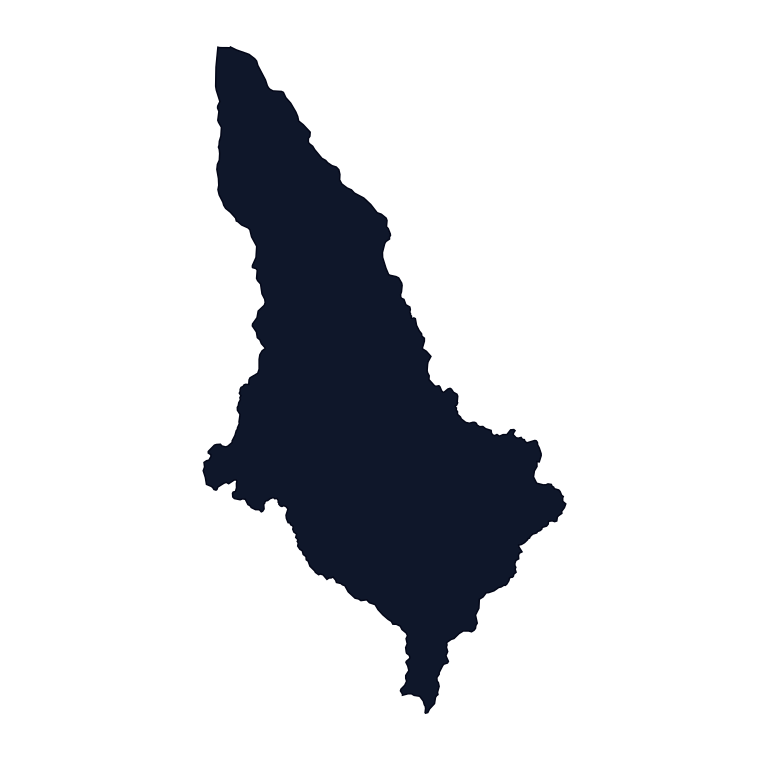 Villahermosa, Tolima, Colombia (orthographic projection), rotated 94°
{"feature_id": "7082276B2838596576058", "entity_name": "Villahermosa", "entity_type": "district", "adm_level": 2, "iso_a3": "COL", "parent_name": "Colombia", "parent_adm1": "Tolima", "projection": "orthographic", "projection_center": [-75.108, 4.977], "detail": "fine", "context": "isolated", "style": "filled", "palette": "ink", "viewbox_px": 768, "rotation_deg": 94, "n_neighbors": 0, "source": "geoboundaries", "source_scale": "gbopen_adm2", "svg_char_len": 6152}
<svg xmlns="http://www.w3.org/2000/svg" viewBox="0 0 768 768"><g transform="rotate(94 384 384)"><path d="M59.6,573.2L79.6,573.7L98.7,572.7L102.5,571.8L113.7,567.4L118.4,569.3L120.3,569.3L123.6,567.7L132.5,568.2L134.5,567.3L139.2,564.1L148.2,564.0L153.3,565.2L157.3,565.2L159.2,565.7L161.5,564.7L165.6,564.0L172.2,563.9L176.5,565.5L181.6,565.7L190.5,563.5L197.3,562.7L201.7,563.2L206.9,561.6L213.9,557.4L216.8,556.4L219.9,554.2L223.3,549.3L228.8,543.6L231.7,542.7L232.2,541.2L235.3,537.1L237.7,530.6L239.4,528.6L246.4,526.4L255.5,520.6L266.7,520.5L274.9,523.5L276.6,523.5L277.1,523.1L277.7,519.9L279.3,518.4L287.5,518.5L289.7,517.3L292.8,514.1L302.6,512.0L307.7,508.9L311.0,508.2L313.8,508.9L320.0,514.6L326.7,515.3L333.2,519.3L335.3,519.4L341.0,514.9L346.6,513.6L348.6,510.9L352.3,509.1L356.2,505.1L357.1,505.2L359.4,507.9L363.5,509.9L368.1,510.3L377.8,509.6L382.1,510.7L387.2,518.1L389.3,518.9L393.9,518.9L394.0,522.3L394.9,523.8L396.0,524.2L397.4,526.4L399.3,527.1L401.4,527.0L403.2,527.7L405.6,525.9L407.6,526.8L409.8,526.2L412.8,527.6L415.9,527.9L417.5,528.7L420.4,528.4L424.4,525.5L431.9,526.0L433.7,525.6L437.8,527.1L439.5,527.2L440.8,528.1L445.7,529.1L451.3,531.5L452.9,531.4L457.0,535.6L457.8,537.6L457.1,541.4L455.5,543.0L456.0,546.8L456.8,548.9L463.5,554.6L465.1,554.5L466.5,551.9L468.3,551.5L472.2,553.4L472.9,555.7L474.8,558.1L479.3,557.2L483.1,558.3L489.7,555.7L496.5,554.1L498.2,549.1L499.3,547.6L501.1,546.3L501.6,544.2L500.9,543.3L498.4,542.6L494.1,536.7L493.1,534.5L494.3,532.0L490.2,526.7L490.0,525.1L491.0,523.9L493.4,524.3L497.9,523.9L501.6,524.7L502.3,526.9L503.6,527.5L507.2,527.0L508.7,525.3L509.5,519.4L508.4,517.0L508.7,514.3L513.8,511.3L514.7,509.2L516.5,507.8L518.3,503.4L518.1,499.5L520.1,497.5L519.4,496.2L517.0,494.9L512.5,495.6L511.2,494.7L509.8,494.5L508.7,493.4L508.4,491.9L506.4,489.7L505.1,486.9L505.2,486.0L506.1,485.0L505.6,482.9L507.8,481.2L509.2,481.4L510.0,480.6L511.3,480.5L512.9,478.8L513.3,477.3L512.3,475.4L513.3,473.0L515.5,471.1L521.7,472.6L524.9,472.0L529.0,470.0L529.2,468.0L530.9,467.3L532.0,465.1L533.1,464.6L535.2,464.9L538.0,463.6L539.8,460.7L543.2,461.4L545.4,458.9L547.1,459.6L548.5,458.5L551.7,458.8L554.8,456.4L556.1,453.9L559.7,452.7L561.6,449.8L564.8,449.3L566.0,447.3L570.9,445.2L575.3,440.1L576.7,439.3L578.8,435.9L578.0,434.3L578.6,431.5L582.9,427.3L581.4,425.4L581.1,423.1L580.1,421.4L583.0,418.6L585.3,417.6L586.0,413.1L587.2,411.5L587.9,409.0L593.8,405.2L599.7,397.9L600.2,394.4L601.7,391.9L600.5,386.2L603.2,383.3L604.7,377.5L609.5,374.2L614.4,369.0L618.5,363.5L620.3,360.1L623.0,358.4L622.8,355.0L624.4,350.9L627.7,348.9L630.9,344.4L633.5,343.0L636.5,344.2L641.6,342.7L645.4,344.0L649.6,343.2L651.0,342.7L652.9,339.9L654.9,339.1L656.0,339.3L659.1,342.4L660.2,342.7L663.5,340.7L668.1,339.2L673.2,342.0L676.1,341.8L678.9,340.7L683.1,342.3L687.2,345.8L689.0,346.2L692.0,344.0L693.2,343.9L691.4,338.6L691.1,335.0L692.5,332.3L693.0,326.6L697.5,322.7L701.2,321.4L702.5,320.4L704.7,319.9L709.0,320.1L709.5,319.6L708.7,317.4L704.9,315.8L699.3,311.3L693.1,310.8L691.2,309.8L690.1,308.5L687.8,309.1L681.8,307.9L678.2,308.9L676.5,310.3L673.2,310.8L669.7,308.7L667.9,308.8L660.6,305.7L659.3,304.7L657.9,301.2L656.2,300.4L650.7,303.3L646.5,301.8L642.1,303.4L640.0,302.9L637.6,303.5L634.1,299.2L633.0,296.4L627.7,291.7L624.8,287.6L624.5,282.2L625.1,279.4L623.4,277.0L621.4,275.7L618.5,275.5L616.1,274.3L608.1,276.6L601.1,273.7L592.1,273.9L589.5,270.3L585.2,267.5L584.8,265.0L582.6,259.8L579.0,255.4L578.3,253.0L576.4,250.4L576.4,248.9L575.0,247.5L571.5,245.7L569.0,245.3L568.1,244.2L567.7,242.3L566.7,241.5L564.8,241.3L562.6,239.1L559.5,240.3L557.7,239.7L555.8,240.8L553.7,240.9L550.8,240.1L549.0,237.4L545.7,237.9L543.4,237.3L541.8,234.6L537.2,238.0L535.3,238.5L534.5,235.7L532.5,232.8L529.3,229.9L528.1,229.5L527.6,228.1L525.9,227.5L523.4,225.2L521.9,221.3L520.3,220.4L519.5,218.3L518.0,216.6L516.0,216.1L514.4,211.9L512.3,210.4L509.5,210.3L508.8,206.6L509.4,204.1L508.6,202.1L504.7,201.8L503.2,200.7L500.6,197.5L498.7,197.9L494.8,195.4L490.9,194.3L488.6,197.5L485.2,197.8L483.7,197.3L482.8,198.9L478.9,200.9L477.5,202.3L476.6,206.7L475.0,207.6L474.4,209.1L472.5,210.1L472.2,213.5L473.3,215.5L473.5,218.1L472.3,224.8L466.2,228.4L460.2,227.9L455.6,225.6L450.7,226.1L450.9,223.7L444.5,222.2L442.5,222.4L436.9,224.7L434.0,226.5L431.5,226.9L430.0,228.2L429.8,229.6L432.7,237.4L431.4,239.3L429.7,240.1L429.6,242.0L427.7,243.5L428.7,246.3L428.4,248.4L425.5,251.6L423.6,251.3L421.4,250.0L420.4,251.3L420.9,254.5L425.9,257.9L426.2,261.7L428.0,265.2L426.5,267.8L427.8,270.1L427.2,271.9L425.7,273.3L422.8,273.9L421.5,279.5L419.5,282.4L419.9,285.6L418.5,288.2L416.7,289.2L415.9,290.8L416.0,292.7L417.2,296.1L416.6,299.8L413.4,304.5L411.6,305.4L409.2,308.5L406.3,308.8L405.1,310.1L402.8,310.1L402.4,310.8L401.0,311.4L399.9,310.0L397.6,309.2L396.7,309.7L391.0,309.6L389.1,310.5L387.4,314.1L384.4,316.4L383.7,317.8L384.5,319.9L387.8,323.3L388.2,324.5L386.7,326.1L383.0,327.9L381.9,329.1L382.7,332.1L382.2,333.5L376.4,339.5L372.6,339.5L369.7,341.3L367.5,341.9L361.2,341.9L358.9,341.6L353.2,339.1L348.4,344.0L346.3,347.9L345.4,348.2L338.5,346.7L335.5,346.9L333.7,349.5L331.1,350.1L328.5,352.5L323.3,355.6L316.6,357.3L316.0,358.8L316.6,360.4L316.4,361.5L314.4,361.3L313.2,362.4L311.7,362.5L310.8,363.3L307.9,362.9L305.4,363.6L303.4,367.7L298.2,370.0L297.3,372.4L296.3,373.3L293.5,373.7L290.9,373.0L284.4,372.8L282.1,373.4L277.1,376.8L276.0,379.5L275.1,385.6L274.5,387.0L268.4,390.1L257.8,394.2L252.9,394.7L243.9,393.1L241.7,392.0L239.0,388.6L236.9,388.8L235.4,387.9L233.8,388.2L228.6,390.7L226.9,392.5L220.7,392.4L218.4,393.4L214.8,398.5L213.6,402.8L205.9,409.7L199.9,417.1L195.6,426.8L192.6,430.0L191.0,434.5L187.3,440.1L183.4,442.5L178.0,442.6L173.4,444.0L170.9,446.7L169.8,451.1L167.2,455.6L165.0,457.8L163.2,461.7L155.0,469.5L151.8,471.7L149.2,475.6L147.4,476.4L144.2,476.5L142.0,475.2L137.9,475.2L131.0,482.6L127.6,487.5L123.2,488.7L118.8,490.9L110.3,496.7L105.2,501.9L100.1,504.7L99.3,506.7L99.4,515.2L97.8,518.6L96.4,520.0L94.6,521.2L88.9,523.5L75.0,532.1L70.7,533.6L68.6,535.6L64.6,541.6L61.0,554.6L58.5,560.7L59.3,561.0L59.9,571.2L59.6,573.2Z" fill="#0f172a" stroke="#020617" stroke-width="1.5"/></g></svg>